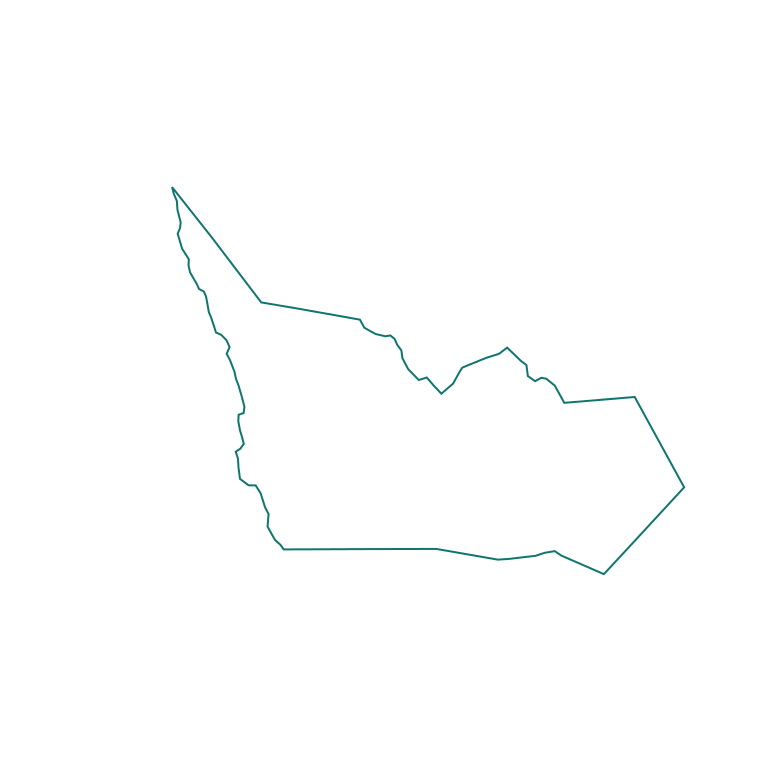 outline of Venturosa, Pernambuco, Brazil, rotated 320°
{"feature_id": "56859067B22186050292677", "entity_name": "Venturosa", "entity_type": "district", "adm_level": 2, "iso_a3": "BRA", "parent_name": "Brazil", "parent_adm1": "Pernambuco", "projection": "robinson", "projection_center": [-36.823, -8.579], "detail": "fine", "context": "isolated", "style": "outline", "palette": "teal", "viewbox_px": 768, "rotation_deg": 320, "n_neighbors": 0, "source": "geoboundaries", "source_scale": "gbopen_adm2", "svg_char_len": 1388}
<svg xmlns="http://www.w3.org/2000/svg" viewBox="0 0 768 768"><g transform="rotate(320 384 384)"><path d="M348.2,97.0L345.3,103.0L343.0,110.6L337.8,117.7L332.0,129.7L327.9,133.5L322.6,136.2L316.3,150.6L314.7,162.9L310.4,167.6L307.2,173.8L305.9,180.9L304.9,187.0L303.4,192.3L305.4,197.4L303.9,202.6L300.0,209.5L296.1,216.2L294.3,221.9L291.0,230.3L288.4,236.5L290.9,241.8L291.5,249.1L289.4,256.5L282.9,259.7L281.4,266.6L279.3,272.8L277.3,278.6L274.0,284.7L271.7,291.4L266.9,302.4L262.4,311.8L257.8,316.0L252.9,314.1L248.5,318.8L243.8,327.1L240.7,334.4L238.1,339.7L232.5,341.2L226.9,340.6L224.1,347.4L218.8,354.5L212.7,364.1L215.1,374.5L220.5,379.2L219.2,388.6L213.7,401.8L212.0,409.4L203.2,418.3L201.4,427.2L200.3,433.3L201.3,440.7L200.8,446.2L269.0,503.0L318.1,544.0L350.8,582.8L358.3,591.7L367.4,598.4L381.3,607.5L389.6,613.0L398.6,616.6L407.4,621.8L409.5,629.3L430.2,671.0L462.3,667.0L547.5,656.1L554.8,619.7L567.7,555.1L510.0,514.3L513.8,495.0L511.7,484.2L508.4,480.3L501.6,479.0L499.3,470.4L505.3,461.0L503.8,454.8L501.7,435.3L491.5,434.8L479.4,429.8L461.3,423.9L454.5,421.8L449.4,423.4L437.2,428.1L421.7,428.3L421.1,417.4L420.9,406.5L413.2,403.3L412.1,388.1L414.7,376.1L418.9,369.4L419.3,362.6L421.1,356.2L420.1,350.9L415.7,348.3L409.7,340.3L407.4,334.4L405.1,328.2L406.9,319.2L366.0,270.3L342.4,242.6L346.3,161.2L348.2,97.0Z" fill="none" stroke="#0f766e" stroke-width="2"/></g></svg>